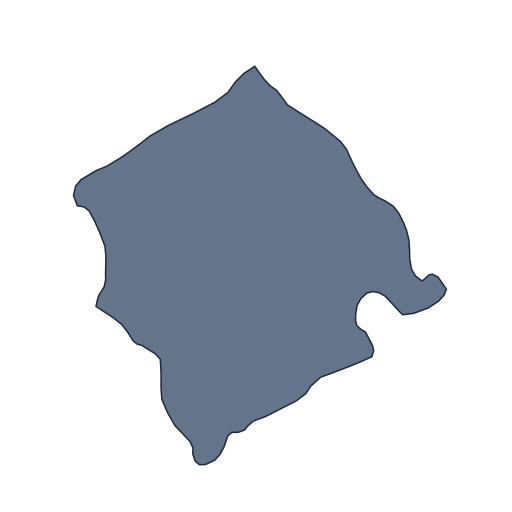 outline of Mougalaba, Ngounié, Gabon, rotated 160°
{"feature_id": "22940354B67008732943825", "entity_name": "Mougalaba", "entity_type": "district", "adm_level": 2, "iso_a3": "GAB", "parent_name": "Gabon", "parent_adm1": "Ngounié", "projection": "equal_earth", "projection_center": [10.772, -2.045], "detail": "fine", "context": "isolated", "style": "filled", "palette": "slate", "viewbox_px": 512, "rotation_deg": 160, "n_neighbors": 0, "source": "geoboundaries", "source_scale": "gbopen_adm2", "svg_char_len": 1641}
<svg xmlns="http://www.w3.org/2000/svg" viewBox="0 0 512 512"><g transform="rotate(160 256 256)"><path d="M406.8,364.3L400.9,361.0L397.3,355.3L395.7,343.7L394.8,330.9L394.6,317.0L396.9,308.0L400.0,299.5L403.4,291.0L405.4,285.1L409.3,278.9L412.9,276.1L417.2,272.8L420.4,268.5L423.6,263.3L411.2,246.8L405.6,237.5L402.5,227.9L400.6,218.6L397.9,213.9L394.1,211.3L384.1,198.6L381.3,191.8L383.1,185.3L386.1,176.1L390.3,164.7L393.5,153.6L392.7,139.0L390.1,124.1L385.5,113.8L381.5,104.3L380.9,97.3L383.1,91.6L383.3,83.8L380.5,79.2L374.8,77.3L364.4,78.3L357.7,81.9L351.3,87.6L343.9,96.7L338.9,98.5L333.1,96.4L326.3,96.4L322.4,98.8L315.1,101.8L301.6,101.9L289.1,103.5L267.7,106.1L256.1,109.7L249.3,114.9L236.7,120.0L224.5,120.0L199.7,120.5L181.7,121.7L177.9,126.6L177.1,131.7L178.1,139.3L179.1,147.1L182.5,151.2L185.0,155.8L184.6,161.0L182.5,166.6L178.1,174.8L171.9,180.2L164.6,183.2L158.4,182.6L152.8,179.4L148.5,174.2L144.3,164.7L140.7,155.8L138.3,150.7L127.4,148.2L112.1,148.2L99.7,151.2L92.6,155.0L88.4,159.6L92.2,174.0L96.5,178.6L100.1,179.1L104.1,177.2L108.5,175.8L112.9,182.6L114.4,190.2L112.5,201.0L109.9,208.3L106.9,218.4L105.7,229.2L106.1,238.1L107.3,247.9L109.9,255.7L115.6,263.3L120.6,268.5L124.2,273.1L128.0,282.5L130.7,292.0L132.5,303.7L133.5,312.6L134.5,325.6L137.5,334.8L142.7,343.7L148.7,353.5L167.7,378.0L174.7,387.2L177.5,396.9L180.0,404.7L184.5,411.1L188.0,419.5L190.1,426.5L192.3,434.7L204.9,431.7L215.7,426.7L226.3,419.4L242.0,414.6L266.4,411.4L293.6,408.7L313.7,405.2L327.2,400.9L345.5,395.5L365.2,391.4L377.2,390.9L394.3,387.6L401.4,383.5L406.8,375.4L406.8,364.3Z" fill="#64748b" stroke="#1e293b" stroke-width="1.5"/></g></svg>